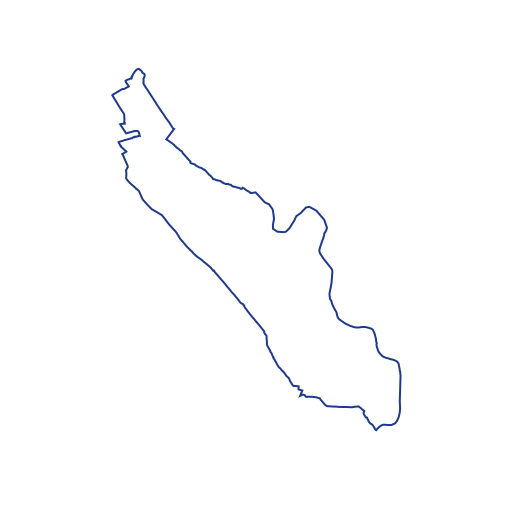 outline of Bralostita, Dolj, Romania, rotated 33°
{"feature_id": "2599482B80334443229392", "entity_name": "Bralostita", "entity_type": "district", "adm_level": 2, "iso_a3": "ROU", "parent_name": "Romania", "parent_adm1": "Dolj", "projection": "mercator", "projection_center": [23.509, 44.502], "detail": "fine", "context": "isolated", "style": "outline", "palette": "blue", "viewbox_px": 512, "rotation_deg": 33, "n_neighbors": 0, "source": "geoboundaries", "source_scale": "gbopen_adm2", "svg_char_len": 6048}
<svg xmlns="http://www.w3.org/2000/svg" viewBox="0 0 512 512"><g transform="rotate(33 256 256)"><path d="M451.7,336.6L451.9,334.5L452.4,332.5L452.7,331.4L453.1,330.5L453.5,329.8L454.0,328.9L454.4,328.5L455.0,327.9L459.4,325.5L461.8,323.8L463.8,320.5L464.1,317.8L463.4,313.3L461.8,309.0L460.8,307.2L460.2,305.8L455.4,299.1L452.9,294.9L442.2,277.3L441.4,276.5L440.3,274.9L439.0,273.8L437.9,272.4L434.9,269.4L434.2,268.7L433.8,268.3L432.6,267.9L431.2,267.7L430.1,267.8L427.6,268.3L424.9,269.3L422.4,269.9L421.2,270.4L417.9,271.1L416.1,271.1L414.9,270.7L414.5,270.7L413.7,270.5L413.3,270.3L411.8,269.9L410.9,269.4L410.4,269.2L409.2,268.3L408.1,267.3L407.0,266.6L405.3,264.7L404.9,264.0L404.9,263.5L404.8,263.3L403.1,262.0L401.8,260.2L400.3,258.9L398.0,256.7L394.8,254.6L393.7,254.1L392.0,254.2L390.2,254.7L386.6,255.9L385.4,256.6L383.0,258.3L380.6,260.4L378.1,261.8L376.9,262.3L373.0,263.3L371.8,263.5L370.6,263.5L369.1,263.9L366.7,264.0L360.9,263.8L359.2,263.5L358.7,263.3L357.7,262.7L356.1,261.4L354.3,259.5L349.0,256.7L348.2,256.1L346.7,255.3L345.1,254.0L344.8,253.6L343.4,252.6L341.3,251.6L340.1,250.0L339.9,249.9L338.5,248.1L337.8,246.9L336.0,242.2L335.0,239.9L334.3,238.1L333.7,236.9L328.4,227.2L327.0,225.9L326.1,225.5L316.5,222.3L314.3,221.6L312.7,220.8L308.8,219.2L306.6,217.7L305.8,216.2L304.8,213.2L303.3,207.3L302.8,204.8L302.2,202.8L301.8,201.4L301.0,199.9L301.1,198.7L301.0,196.7L300.2,193.7L293.4,188.4L281.8,185.1L274.0,185.7L271.5,188.1L270.1,195.7L268.1,200.6L268.8,205.5L268.9,214.3L267.9,219.2L266.5,220.8L260.6,224.0L255.4,223.9L253.3,220.8L250.9,215.1L247.9,211.4L244.5,207.8L238.9,205.6L234.2,206.2L221.0,202.9L217.3,206.1L216.7,205.9L216.2,206.0L215.1,205.9L212.5,206.1L208.8,205.9L208.1,206.1L207.6,206.2L207.5,207.4L206.8,207.8L206.0,208.0L204.5,208.1L204.2,208.3L203.3,208.6L203.1,208.8L201.0,209.3L200.7,209.5L200.1,209.6L199.5,210.1L198.9,210.2L197.5,210.3L196.1,210.0L194.9,210.6L194.5,210.7L193.7,210.6L193.4,211.0L192.9,211.2L192.5,211.5L192.1,211.6L191.9,211.8L191.4,212.1L190.3,212.3L189.7,212.3L189.1,212.6L188.4,212.4L188.0,212.4L187.7,212.7L187.3,212.8L186.2,212.6L185.8,212.4L185.4,212.4L184.8,212.7L183.3,213.2L182.9,213.5L182.3,213.5L181.6,214.0L180.9,214.0L180.5,214.1L180.1,214.1L178.9,214.5L178.4,214.9L178.1,214.9L177.1,214.3L174.0,213.4L172.8,213.5L168.5,212.3L167.9,212.2L166.5,211.7L165.7,211.7L165.6,212.0L162.2,211.9L160.0,212.6L156.3,212.9L154.9,212.5L151.5,213.5L150.5,213.7L149.9,213.3L149.8,212.9L149.6,212.5L147.9,212.1L147.1,212.0L146.2,211.6L145.5,211.6L144.3,211.1L143.4,210.9L138.2,209.5L137.6,209.1L137.2,208.8L136.9,208.7L134.6,208.7L132.7,208.3L130.3,208.3L130.1,208.1L128.0,207.8L127.0,207.5L124.4,207.2L119.6,207.0L117.2,207.0L118.1,194.3L117.7,194.5L117.2,194.3L109.9,191.0L104.4,189.0L103.4,188.4L102.4,188.1L101.5,187.6L98.1,186.3L91.4,183.4L88.6,182.1L73.8,175.5L71.1,174.4L67.7,172.7L66.3,170.3L65.2,168.9L64.8,166.5L64.3,165.1L63.4,164.3L62.9,164.1L61.2,164.2L60.6,164.0L59.3,163.2L57.1,163.0L56.1,162.8L55.4,163.1L54.5,164.6L54.2,165.5L54.1,166.1L54.0,167.3L53.9,169.4L54.1,171.8L54.7,174.2L54.2,173.9L54.4,175.1L52.8,177.5L52.6,177.6L52.3,177.9L51.3,179.7L51.2,180.2L52.1,181.1L52.7,181.3L55.8,182.5L57.0,183.1L55.6,185.5L54.5,187.6L52.9,188.9L47.9,199.0L47.9,199.4L59.9,205.2L64.3,207.2L67.1,208.3L68.7,209.5L71.5,213.5L73.0,216.1L73.4,215.9L73.9,216.5L72.2,217.7L71.0,218.7L70.3,219.5L80.3,223.9L85.2,218.4L85.7,217.6L86.3,217.3L88.1,215.8L88.5,215.6L89.8,215.9L90.1,215.9L93.1,218.5L92.9,218.6L92.4,219.0L91.6,220.2L91.3,220.3L90.8,220.8L90.6,221.2L90.3,221.6L89.5,221.8L89.3,221.9L89.2,222.8L88.6,223.0L88.3,223.7L88.0,224.0L88.0,224.3L88.0,224.6L87.7,224.8L87.1,225.5L86.7,225.8L86.6,226.1L82.7,230.4L78.7,235.3L79.1,235.7L81.7,237.0L82.2,237.3L82.4,237.5L82.7,237.7L82.8,237.7L83.0,237.4L83.4,237.6L83.5,237.9L84.0,238.1L85.0,238.1L86.8,238.4L88.0,238.7L88.4,238.7L89.9,238.9L89.9,239.1L90.4,239.2L88.3,243.4L89.6,243.9L97.2,249.0L98.2,249.5L98.6,249.7L98.8,250.1L100.0,251.0L100.1,253.0L100.3,253.6L100.3,254.6L100.3,254.9L100.5,255.3L101.1,255.8L101.9,257.0L102.5,257.5L104.5,261.2L105.1,261.8L107.8,262.8L111.8,263.7L117.8,264.5L118.5,264.8L119.0,264.9L119.4,264.8L122.0,265.2L122.6,265.4L123.5,266.0L129.5,269.9L130.9,270.5L137.6,272.3L143.1,273.5L149.1,273.2L154.8,273.0L156.4,273.5L158.4,274.1L162.0,275.5L166.4,277.0L175.3,279.3L177.1,280.0L179.7,281.2L181.8,282.3L183.2,282.9L185.1,283.4L193.0,285.8L200.8,287.4L201.2,287.6L202.1,287.8L205.1,288.4L207.4,288.7L209.8,288.7L213.0,288.9L214.9,289.3L216.7,289.4L220.9,289.9L224.0,290.3L228.1,291.6L228.4,291.1L229.4,291.5L230.1,291.9L234.0,293.0L236.2,293.6L238.1,294.2L245.4,296.3L248.4,297.4L250.3,297.9L255.5,299.6L259.7,300.6L260.7,301.0L266.0,302.7L268.1,303.5L269.2,303.7L270.3,303.6L271.3,303.5L272.4,304.0L273.1,303.9L273.6,304.5L274.6,305.2L282.4,308.0L287.1,309.5L289.4,310.1L290.1,310.4L296.4,312.3L304.0,314.8L304.2,315.3L305.0,316.0L306.1,316.5L307.9,317.0L308.6,317.5L308.9,317.9L309.4,318.9L311.8,321.9L312.4,322.8L313.2,324.1L314.4,325.1L319.1,327.5L319.5,327.8L319.9,328.3L322.0,329.1L323.8,330.4L325.1,331.3L325.5,331.4L325.8,331.4L326.1,332.0L326.5,332.3L328.3,332.9L329.4,333.6L330.9,334.3L332.9,335.5L335.5,336.7L337.8,337.1L340.1,337.9L342.5,338.3L343.4,338.6L347.0,340.1L348.8,340.3L349.9,340.5L350.9,341.0L352.4,342.2L357.4,344.5L358.4,344.4L360.5,343.2L361.8,342.6L362.7,342.1L364.3,344.7L368.1,343.6L369.2,349.2L369.9,348.1L370.6,347.0L371.1,346.6L372.7,346.1L373.7,346.5L374.0,346.8L375.1,346.7L375.6,346.5L376.0,345.8L376.9,345.2L378.2,344.5L379.9,343.5L383.6,341.6L387.1,340.6L388.2,341.2L394.6,343.1L396.5,343.3L397.8,343.0L401.9,340.7L405.9,338.3L407.8,337.4L413.9,333.5L419.0,330.5L421.3,328.3L423.8,326.4L426.0,326.4L427.5,326.6L428.5,326.9L430.9,326.9L431.2,327.0L431.4,327.4L431.5,328.8L432.5,329.8L434.0,330.6L435.1,331.1L436.0,331.5L436.3,331.2L436.8,331.1L437.6,331.3L438.2,331.9L439.7,332.6L440.2,333.0L440.4,333.3L441.4,333.7L442.4,334.0L443.4,334.2L444.3,334.1L445.8,334.2L447.9,335.2L448.5,335.4L450.6,336.6L451.7,336.6Z" fill="none" stroke="#1e3a8a" stroke-width="2"/></g></svg>